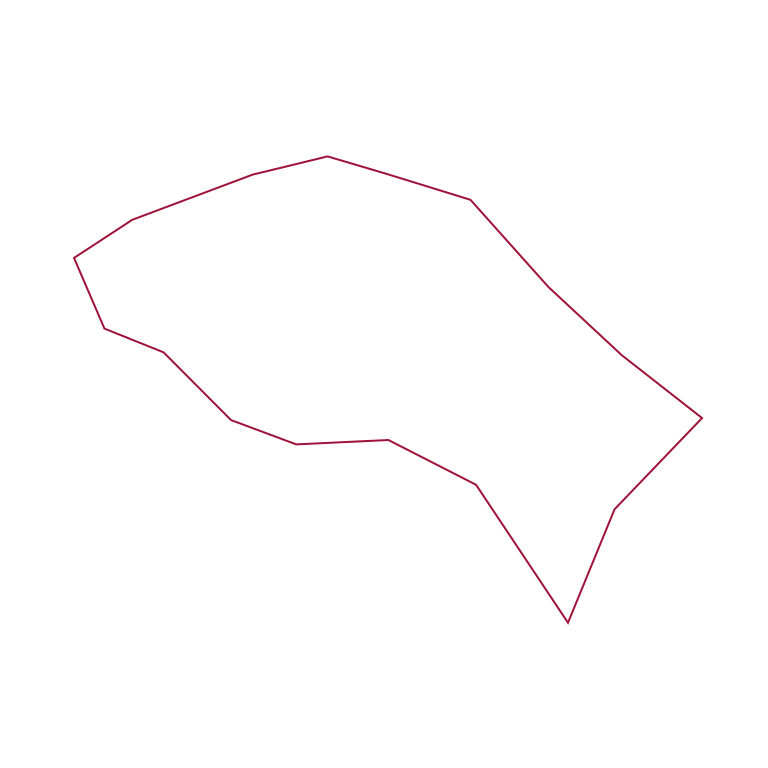 Apliki, Nicosia, Cyprus, rotated 95°
{"feature_id": "46923920B32848229557402", "entity_name": "Apliki", "entity_type": "district", "adm_level": 2, "iso_a3": "CYP", "parent_name": "Cyprus", "parent_adm1": "Nicosia", "projection": "robinson", "projection_center": [33.116, 34.918], "detail": "fine", "context": "isolated", "style": "outline", "palette": "rose", "viewbox_px": 768, "rotation_deg": 95, "n_neighbors": 0, "source": "geoboundaries", "source_scale": "gbopen_adm2", "svg_char_len": 380}
<svg xmlns="http://www.w3.org/2000/svg" viewBox="0 0 768 768"><g transform="rotate(95 384 384)"><path d="M605.8,179.9L488.7,143.4L390.2,64.2L334.7,149.5L273.1,228.6L193.0,313.9L174.6,399.2L162.2,460.1L186.9,533.2L242.3,649.0L285.4,703.8L353.2,667.3L371.7,606.3L433.3,533.2L451.8,466.2L439.4,374.8L476.4,283.5L605.8,179.9Z" fill="none" stroke="#9f1239" stroke-width="2"/></g></svg>